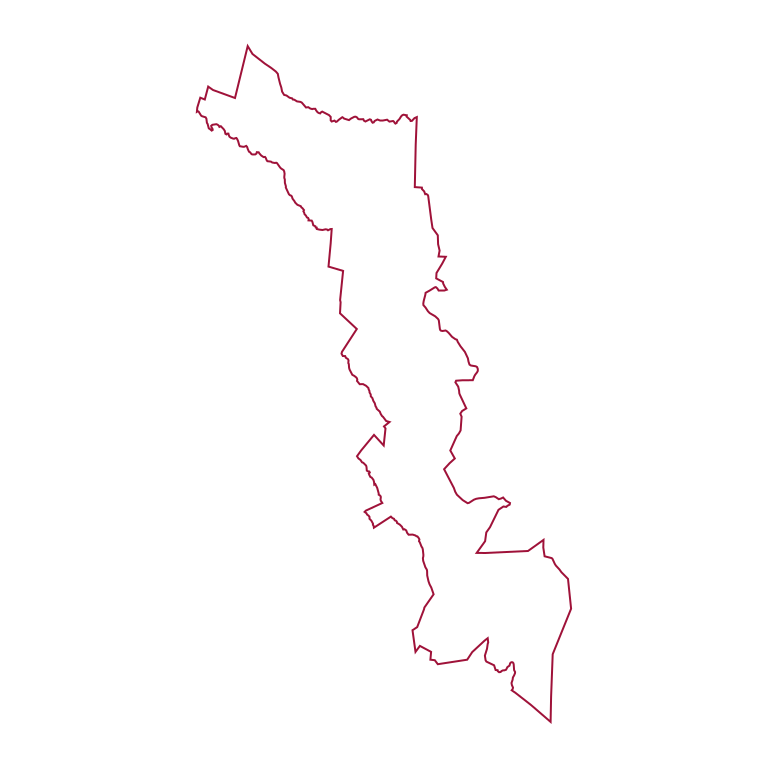 Ainabkoi, Rift Valley, Kenya (Robinson projection)
{"feature_id": "3690345B95414198105650", "entity_name": "Ainabkoi", "entity_type": "district", "adm_level": 2, "iso_a3": "KEN", "parent_name": "Kenya", "parent_adm1": "Rift Valley", "projection": "robinson", "projection_center": [35.44, 0.313], "detail": "fine", "context": "isolated", "style": "outline", "palette": "rose", "viewbox_px": 768, "rotation_deg": 0, "n_neighbors": 0, "source": "geoboundaries", "source_scale": "gbopen_adm2", "svg_char_len": 6106}
<svg xmlns="http://www.w3.org/2000/svg" viewBox="0 0 768 768"><path d="M416.8,117.1L414.5,118.1L411.9,120.9L410.6,121.0L410.2,119.9L406.5,116.5L406.8,115.3L403.5,114.7L402.3,115.2L401.1,116.4L399.5,119.0L397.0,121.6L396.6,123.0L395.4,123.6L394.7,122.9L393.9,121.6L393.1,121.0L389.4,121.6L387.1,119.7L383.0,120.5L380.0,120.5L377.5,119.5L374.7,120.9L373.7,122.4L372.6,122.7L371.6,121.4L371.0,119.8L369.8,119.3L365.4,121.5L363.9,120.6L363.3,119.2L359.1,119.3L358.1,118.9L357.1,117.5L355.7,116.7L354.3,116.8L350.9,118.6L349.0,120.1L344.1,118.6L343.3,117.8L342.3,117.2L338.9,119.7L336.8,121.6L335.9,121.9L334.5,120.6L331.7,121.5L330.7,120.4L330.7,116.9L329.0,115.1L322.2,111.6L320.9,112.4L320.2,113.4L319.0,113.1L317.6,112.3L316.1,110.4L315.3,108.8L313.1,108.8L312.2,109.1L310.2,108.5L308.3,107.2L306.0,107.5L301.8,102.6L300.5,101.9L297.0,101.4L294.3,99.7L292.8,99.5L292.2,98.4L289.5,97.7L286.5,95.5L284.1,94.9L282.1,91.6L281.3,87.5L280.1,83.9L278.5,77.5L277.8,73.8L275.8,71.5L271.3,68.0L264.8,63.6L252.5,54.0L247.7,46.1L235.0,98.0L213.0,90.0L208.2,86.6L204.8,99.5L200.3,97.7L197.3,107.5L196.9,111.8L197.9,111.2L198.7,111.7L201.1,115.6L202.0,116.2L205.6,117.3L206.4,118.7L206.9,122.8L207.6,123.9L208.8,128.4L209.6,128.8L211.7,130.6L212.7,129.9L212.4,128.6L211.5,127.3L211.2,125.8L212.4,124.8L216.3,124.2L217.6,124.7L218.9,125.8L219.4,126.9L220.8,126.2L223.7,129.2L224.8,130.9L225.4,133.8L226.4,134.4L227.3,133.6L228.4,133.6L228.8,135.2L229.5,136.7L230.8,137.7L233.4,138.7L234.4,138.7L235.2,138.2L236.4,138.0L237.2,139.1L238.1,141.1L239.2,145.0L239.8,146.2L243.2,146.8L244.4,146.7L246.2,145.9L247.1,146.9L247.8,149.1L249.0,151.7L250.0,152.2L251.6,154.2L252.9,154.5L255.3,154.4L256.4,153.6L256.8,152.2L258.7,152.3L259.3,153.3L261.2,155.5L263.6,157.1L265.0,156.9L265.7,157.8L266.7,160.3L267.4,161.2L270.9,161.6L272.2,162.5L275.0,163.0L276.1,162.7L277.0,163.1L280.1,167.5L281.1,168.5L283.6,170.1L284.2,171.4L284.6,173.8L284.3,176.7L284.3,177.9L284.8,179.4L284.9,182.9L285.9,186.3L285.8,187.5L288.9,194.2L289.8,195.1L291.4,195.8L292.1,197.1L292.5,198.6L294.6,201.4L295.1,202.5L297.4,204.8L300.8,206.2L301.4,207.4L302.3,208.0L304.0,210.1L303.4,211.3L304.1,212.5L304.6,214.3L305.8,215.4L306.9,217.4L308.1,217.9L308.7,219.2L308.5,220.4L311.7,220.6L312.4,221.9L313.3,225.3L315.4,226.3L315.7,227.5L316.7,227.6L316.8,229.0L319.3,229.6L322.5,230.0L325.5,229.3L327.0,229.5L328.0,230.3L330.3,229.1L331.7,229.0L330.7,243.1L328.5,266.6L343.1,270.9L340.1,300.1L340.6,302.2L340.0,313.3L356.8,329.0L342.0,351.8L341.5,353.7L342.8,356.0L345.2,356.1L345.8,357.7L347.9,359.1L348.5,360.3L348.3,363.1L348.8,364.0L349.1,367.9L349.6,369.6L352.3,374.8L354.3,375.9L356.2,377.4L356.9,378.3L357.3,379.7L357.0,380.9L359.7,384.2L363.0,384.1L366.1,385.8L368.4,388.0L368.7,389.5L369.4,390.8L369.6,392.6L370.7,394.4L370.8,396.3L372.4,398.1L373.3,400.8L374.8,403.3L375.6,406.4L376.4,407.5L376.7,408.8L379.8,411.6L380.6,413.7L382.0,416.0L383.0,416.8L386.2,421.0L389.5,422.0L384.0,426.4L385.5,428.4L383.7,445.5L374.0,434.9L361.2,450.4L357.0,456.2L358.4,458.4L360.5,460.0L362.0,462.3L363.3,462.8L366.1,465.6L366.5,467.0L366.8,470.6L367.9,471.3L369.3,471.5L369.8,472.6L368.8,473.5L369.3,474.9L370.4,477.0L371.6,477.5L373.4,479.8L374.0,481.8L374.3,484.7L375.3,484.1L377.2,487.9L378.7,493.4L378.7,494.7L379.9,495.4L380.7,496.4L380.8,497.9L380.5,499.1L380.8,500.7L382.3,503.0L365.9,510.6L364.6,511.9L366.5,513.3L367.0,514.5L368.6,515.7L369.5,516.9L369.5,518.8L371.3,520.6L373.0,523.7L372.9,524.8L373.6,525.8L373.9,527.7L390.9,516.6L392.4,518.1L394.0,518.8L394.7,520.3L395.9,520.7L396.8,521.6L397.0,522.9L399.8,524.6L400.9,525.7L401.9,526.7L403.3,529.5L404.4,529.2L406.2,530.4L407.1,532.8L408.6,534.7L412.7,534.6L415.5,535.5L416.5,536.3L417.4,536.4L418.6,537.9L419.4,539.4L419.0,541.2L419.8,542.3L421.5,546.6L422.3,547.7L422.8,549.3L423.4,554.9L423.3,556.6L422.9,558.1L423.2,560.9L425.4,567.3L426.8,569.6L427.1,571.0L427.2,575.5L428.5,581.3L429.6,584.4L431.3,587.6L433.6,594.3L424.4,607.5L424.0,609.3L417.2,627.1L412.5,630.2L415.5,651.9L419.9,645.9L431.1,651.9L430.4,659.7L434.8,660.2L437.8,664.2L467.2,659.7L472.2,652.1L484.5,640.7L487.7,638.2L488.2,642.4L487.7,643.9L487.0,648.8L484.9,655.6L485.6,660.3L486.4,661.6L494.1,665.3L495.6,670.0L497.6,670.2L497.8,671.2L499.1,672.2L500.6,672.0L501.6,671.0L502.9,670.4L504.5,670.3L506.1,669.7L507.4,667.1L509.5,665.6L510.1,663.4L510.7,662.6L511.7,662.2L512.6,662.3L513.4,663.2L513.7,664.4L514.1,670.1L515.1,672.0L515.0,673.2L514.1,675.4L512.9,677.5L512.6,679.8L511.5,683.0L511.9,685.1L513.0,687.6L512.7,689.0L511.7,690.3L515.4,692.8L531.0,705.0L550.6,721.9L551.1,696.6L552.7,654.2L571.1,608.7L568.0,578.9L561.4,572.2L559.4,569.4L555.9,565.6L554.8,563.9L552.5,558.9L551.7,558.1L544.6,556.3L543.3,547.6L543.5,539.9L528.0,551.0L485.4,553.0L476.7,552.9L485.1,541.2L486.3,532.4L490.0,527.2L498.5,509.8L503.4,506.5L506.3,506.9L507.4,505.8L509.7,504.6L510.0,503.0L506.0,500.8L503.1,497.5L501.1,498.5L498.8,499.2L495.7,497.1L493.8,496.3L484.6,497.8L478.9,498.3L476.2,498.8L473.9,499.7L469.1,502.8L467.6,503.2L462.7,500.1L456.9,494.7L455.2,491.7L453.9,488.0L444.1,469.2L449.6,463.2L454.8,458.5L450.3,450.5L456.8,436.0L458.9,433.5L460.6,430.4L461.6,416.7L460.3,413.7L462.1,411.0L466.3,408.4L459.8,394.6L459.3,393.3L459.1,390.6L458.2,386.6L455.4,382.3L456.1,380.7L462.0,380.3L472.8,380.2L474.3,376.3L475.2,374.7L477.0,372.4L477.8,370.9L477.8,369.0L477.1,367.1L475.8,366.3L470.9,365.5L469.5,364.6L468.5,361.6L467.9,358.3L464.9,351.9L460.5,346.3L457.7,341.8L456.9,339.7L455.4,339.2L452.0,336.8L448.6,332.8L446.7,331.1L445.6,330.5L442.5,331.0L441.0,330.7L440.3,330.1L439.9,329.0L438.8,320.3L438.0,318.9L435.2,316.3L429.7,313.1L427.9,311.2L425.5,307.5L423.4,305.1L423.3,303.4L423.7,301.0L425.3,294.9L425.6,292.8L429.6,290.6L434.7,287.4L435.8,287.1L437.4,288.5L438.6,290.5L444.4,290.5L446.8,289.7L444.9,287.0L443.2,283.6L443.0,282.0L436.2,278.4L436.5,273.0L442.2,263.6L445.8,256.8L438.5,256.5L439.6,250.6L438.1,244.2L437.8,235.3L432.5,228.0L431.2,219.3L428.2,196.0L427.7,194.9L426.3,194.0L425.2,194.2L424.2,191.4L422.0,189.1L421.9,187.6L414.8,187.1L415.7,144.9L416.8,117.1Z" fill="none" stroke="#9f1239" stroke-width="2"/></svg>